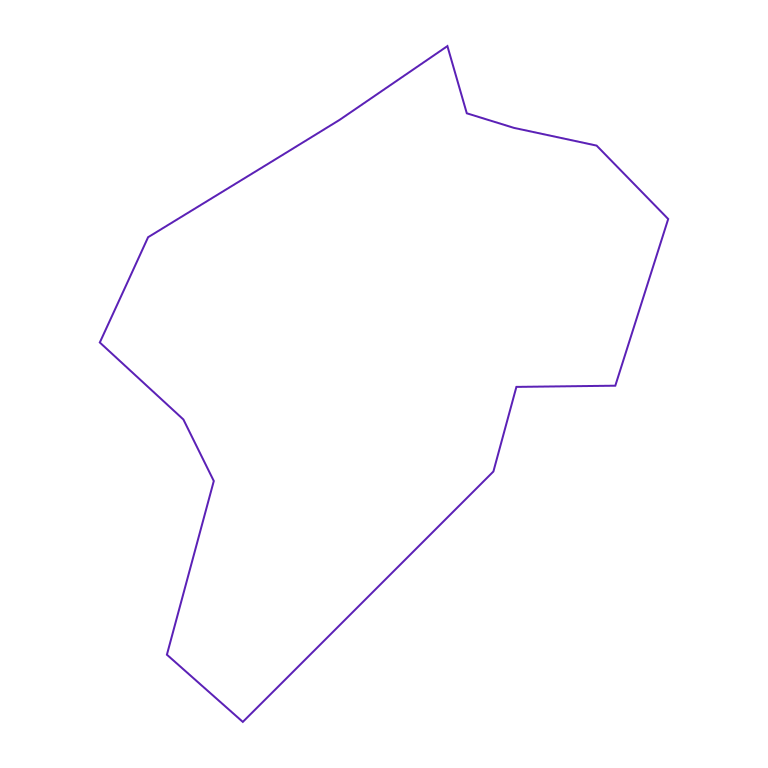 Okapa District, Eastern Highlands, Papua New Guinea
{"feature_id": "67681753B79464726769716", "entity_name": "Okapa District", "entity_type": "district", "adm_level": 2, "iso_a3": "PNG", "parent_name": "Papua New Guinea", "parent_adm1": "Eastern Highlands", "projection": "equal_earth", "projection_center": [145.505, -6.653], "detail": "fine", "context": "isolated", "style": "outline", "palette": "violet", "viewbox_px": 768, "rotation_deg": 0, "n_neighbors": 0, "source": "geoboundaries", "source_scale": "gbopen_adm2", "svg_char_len": 353}
<svg xmlns="http://www.w3.org/2000/svg" viewBox="0 0 768 768"><path d="M339.7,119.8L276.9,158.4L148.1,237.2L126.7,284.0L99.8,342.5L183.4,419.5L213.8,481.0L166.9,654.7L242.8,721.9L279.7,685.1L493.4,471.5L516.4,386.9L615.3,385.7L668.2,219.0L596.6,145.6L514.0,127.9L466.8,113.3L447.4,46.1L339.7,119.8Z" fill="none" stroke="#5b21b6" stroke-width="2"/></svg>